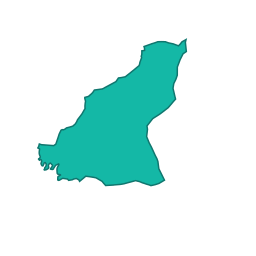 the district of Afikpo South, Ebonyi, Nigeria, rotated 241°
{"feature_id": "59680162B28595276838631", "entity_name": "Afikpo South", "entity_type": "district", "adm_level": 2, "iso_a3": "NGA", "parent_name": "Nigeria", "parent_adm1": "Ebonyi", "projection": "natural_earth1", "projection_center": [7.822, 5.833], "detail": "fine", "context": "isolated", "style": "filled", "palette": "teal", "viewbox_px": 256, "rotation_deg": 241, "n_neighbors": 0, "source": "geoboundaries", "source_scale": "gbopen_adm2", "svg_char_len": 2587}
<svg xmlns="http://www.w3.org/2000/svg" viewBox="0 0 256 256"><g transform="rotate(241 128 128)"><path d="M157.0,42.7L156.7,42.4L156.1,41.8L155.4,41.2L155.0,40.8L154.5,39.7L154.0,39.5L152.8,40.5L152.3,40.4L150.8,39.2L149.0,38.1L147.5,37.6L145.6,37.4L145.0,37.1L144.7,36.6L144.4,35.9L144.4,35.1L144.2,34.7L143.4,34.8L142.8,34.9L142.8,36.3L142.4,36.6L141.5,36.6L140.9,36.2L140.4,36.1L139.9,35.4L139.0,34.6L137.6,34.4L136.5,34.6L136.1,35.2L137.0,36.6L137.9,37.5L138.1,38.3L137.8,38.9L136.8,39.0L136.1,39.0L134.8,38.1L134.2,37.4L133.7,36.1L132.5,35.0L132.3,34.5L131.8,34.5L131.4,35.4L131.1,36.5L131.2,38.5L131.8,39.5L133.8,40.3L134.5,40.7L135.0,42.6L134.9,43.2L132.0,43.9L131.3,43.3L130.6,41.9L129.8,40.3L129.3,40.5L128.3,41.9L128.3,42.9L128.7,43.3L130.3,46.3L130.5,47.4L130.3,49.0L130.2,49.9L129.8,50.0L129.0,49.2L127.9,47.3L126.8,46.2L125.9,45.6L123.6,44.5L122.6,44.1L121.7,44.2L119.9,46.2L119.6,46.2L119.5,45.8L119.5,43.3L118.7,42.6L116.7,41.4L116.0,41.7L115.6,42.8L115.7,45.3L115.6,46.5L114.4,48.1L113.5,49.3L112.6,50.4L111.0,50.7L110.8,51.2L109.7,54.3L109.7,55.7L108.9,58.3L106.5,59.9L104.8,59.8L106.3,67.7L103.8,71.1L101.6,73.9L99.9,75.9L93.9,79.5L91.5,79.9L88.5,80.6L87.9,82.0L87.3,83.2L85.1,87.8L84.9,88.4L82.5,93.7L81.7,95.9L81.1,97.7L80.8,99.0L78.3,109.1L75.9,111.7L75.2,112.4L73.0,114.1L71.8,115.3L70.1,116.8L69.8,117.1L67.8,119.1L66.5,120.1L65.3,124.2L64.5,128.2L64.7,134.6L77.4,135.2L84.2,137.9L87.1,138.4L90.9,138.5L99.8,139.2L104.8,139.3L111.4,140.1L117.4,144.4L120.6,145.6L124.2,154.1L124.3,155.3L124.8,163.1L126.3,173.0L129.2,180.7L130.2,183.6L132.5,184.2L140.9,186.6L144.7,189.6L147.4,193.5L150.3,196.7L157.4,200.7L162.5,206.7L166.2,212.1L166.6,216.1L175.1,219.7L177.2,221.6L177.2,217.0L176.0,214.1L175.4,212.0L179.7,208.3L182.8,204.7L185.3,202.5L187.1,199.5L189.0,195.9L189.5,192.6L189.6,192.3L189.7,191.7L190.2,189.5L190.2,189.3L190.4,188.0L190.8,185.7L191.1,183.8L191.4,182.1L191.5,181.5L190.5,181.3L189.5,181.0L187.8,180.1L188.8,177.5L187.4,176.8L185.8,175.8L185.0,175.1L184.3,174.3L183.5,174.2L182.8,173.9L181.7,172.6L179.7,170.3L178.5,169.3L177.2,168.0L176.4,163.8L175.6,159.4L174.1,150.5L175.3,146.7L176.4,143.9L174.4,139.9L174.6,124.5L177.5,117.0L176.1,114.3L175.6,112.5L174.8,108.7L175.7,105.1L175.3,104.8L174.6,104.5L174.2,104.4L172.2,103.9L171.5,103.5L170.7,102.8L168.4,101.2L166.8,100.3L166.0,100.1L162.6,94.5L159.7,87.9L158.4,86.2L157.1,83.9L156.4,80.6L157.0,77.7L157.6,75.4L157.9,74.2L157.6,72.5L157.7,70.7L158.5,69.6L158.5,68.3L156.0,64.8L153.9,62.6L148.9,57.1L148.6,54.5L155.3,44.3L157.0,42.7Z" fill="#14b8a6" stroke="#0f766e" stroke-width="1.5"/></g></svg>